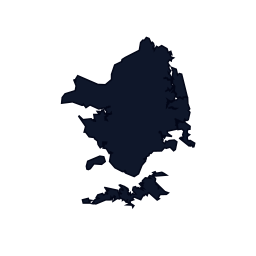 Mkoani, Kusini-Pemba, United Republic of Tanzania (orthographic projection), rotated 309°
{"feature_id": "72390352B13842693360807", "entity_name": "Mkoani", "entity_type": "district", "adm_level": 2, "iso_a3": "TZA", "parent_name": "United Republic of Tanzania", "parent_adm1": "Kusini-Pemba", "projection": "orthographic", "projection_center": [39.684, -5.384], "detail": "fine", "context": "isolated", "style": "filled", "palette": "ink", "viewbox_px": 256, "rotation_deg": 309, "n_neighbors": 0, "source": "geoboundaries", "source_scale": "gbopen_adm2", "svg_char_len": 5926}
<svg xmlns="http://www.w3.org/2000/svg" viewBox="0 0 256 256"><g transform="rotate(309 128 128)"><path d="M142.9,77.2L137.0,56.0L133.4,56.5L131.7,57.1L131.7,57.7L131.3,57.9L131.4,58.1L131.4,58.8L131.1,57.8L132.0,56.3L131.2,55.8L128.1,61.2L123.8,63.5L115.0,57.6L110.3,57.7L105.5,60.8L113.4,68.4L116.7,78.0L117.7,78.9L117.9,78.3L118.5,78.2L117.4,82.5L122.0,83.9L124.4,93.3L128.5,96.6L129.1,98.3L131.2,98.3L131.7,99.5L132.7,99.4L133.8,101.0L131.4,99.7L130.9,98.6L129.3,98.8L128.2,97.4L127.5,101.2L125.2,101.8L127.4,104.5L127.8,105.7L128.2,105.8L129.0,105.1L129.5,105.1L128.6,106.2L127.5,105.6L125.8,103.5L124.4,104.7L122.1,103.2L122.0,104.5L121.3,105.1L120.2,105.3L121.3,106.3L120.8,107.2L120.1,105.2L122.0,103.0L125.1,104.0L124.4,101.1L126.6,97.4L124.9,96.0L125.8,97.7L124.4,97.5L121.5,93.6L120.8,96.1L122.6,97.2L120.4,97.1L117.0,92.9L113.9,96.4L112.1,95.6L113.3,97.8L112.7,98.4L111.7,96.9L112.0,93.6L106.2,87.8L106.6,82.5L106.0,82.5L102.6,94.1L97.2,96.5L98.1,97.7L96.7,103.4L99.5,107.9L98.6,108.8L98.8,112.4L96.4,115.1L95.2,118.9L99.1,119.9L99.4,118.6L100.8,117.5L101.3,117.4L103.4,120.0L103.1,120.7L102.9,120.8L102.2,120.1L102.2,120.9L101.3,121.6L102.2,120.0L103.2,120.1L101.2,117.5L99.9,119.3L100.9,119.8L98.7,120.3L99.0,121.5L98.3,120.4L96.7,121.2L98.4,124.2L96.4,129.4L98.4,129.4L99.1,132.4L97.6,129.5L97.1,131.0L90.4,134.7L88.9,142.9L90.6,151.1L92.3,153.1L93.0,152.4L93.1,152.5L92.7,153.6L91.8,152.7L91.5,154.4L94.2,163.4L99.0,165.0L107.9,162.3L113.4,162.4L115.4,160.9L114.3,160.9L113.3,159.2L115.4,160.6L115.6,161.4L117.3,160.3L119.7,161.6L121.7,160.7L122.8,161.9L125.9,162.1L131.3,168.5L136.0,168.8L136.2,170.4L139.6,172.8L139.0,177.8L141.1,178.3L148.0,174.7L147.8,171.6L144.2,167.9L142.2,167.3L141.5,165.5L138.9,166.5L138.8,163.7L140.9,162.6L140.2,161.4L142.2,161.4L142.0,159.9L145.5,156.1L145.1,154.9L144.2,155.3L144.0,155.2L144.1,154.8L144.2,155.2L144.6,154.8L145.0,154.7L145.4,155.0L145.7,156.2L143.1,159.3L143.1,162.7L144.5,162.4L144.5,160.2L149.1,167.5L148.7,162.0L150.2,160.5L158.3,167.0L160.4,164.7L160.2,163.3L162.5,162.7L162.3,161.9L162.7,161.3L163.9,162.2L163.8,161.4L164.6,160.9L164.2,160.3L164.5,160.2L164.4,159.5L165.0,158.4L164.8,161.3L165.4,160.9L167.0,166.9L169.5,168.0L169.2,166.9L170.6,166.4L171.2,169.2L172.4,169.6L179.2,166.2L179.5,163.8L181.7,163.9L184.5,159.3L189.2,155.1L186.9,151.9L185.0,152.5L184.3,148.6L179.9,148.1L179.6,147.1L175.1,145.5L173.7,142.4L172.5,144.4L171.4,144.4L170.4,143.6L169.9,144.6L169.7,144.9L169.2,145.0L168.4,145.0L170.5,143.5L172.5,144.1L172.2,142.5L174.0,142.1L174.9,142.9L174.4,142.2L175.1,140.6L175.5,144.0L178.3,146.1L184.2,144.1L184.8,140.5L183.6,139.7L187.3,139.3L188.3,137.8L183.0,137.2L184.0,134.3L183.0,135.3L179.7,134.0L182.8,134.8L184.1,134.1L183.7,136.8L184.5,137.2L188.9,136.7L188.9,134.6L192.3,131.4L190.4,129.1L191.1,126.7L188.7,124.3L190.9,125.4L191.6,127.3L191.0,128.9L193.8,131.4L196.2,126.2L195.6,125.6L196.4,124.7L196.2,125.8L199.5,125.2L199.6,123.2L201.5,120.5L202.6,121.3L203.5,117.8L207.0,117.3L207.4,119.4L208.7,118.5L211.2,119.3L210.2,116.8L211.8,114.1L212.6,115.8L214.5,113.0L212.0,111.7L214.2,108.4L213.2,102.3L209.7,101.0L209.4,98.8L205.0,99.5L206.7,97.9L206.5,97.6L205.9,97.8L205.3,97.4L205.0,96.9L206.0,97.7L207.0,96.3L208.2,96.7L209.8,94.4L209.9,92.9L208.3,93.0L210.8,88.0L209.9,85.3L206.4,85.5L205.7,84.2L202.4,84.0L195.5,87.9L181.1,81.5L177.5,80.3L175.6,81.3L168.6,78.0L159.4,81.4L155.3,84.7L147.4,83.2L142.9,77.2ZM172.2,150.1L168.7,146.7L172.2,148.7L172.3,151.5L173.8,153.5L172.2,152.9L171.2,150.6L172.2,150.1ZM57.0,146.6L53.7,147.1L53.6,147.5L55.0,149.1L55.0,149.7L51.7,147.5L46.6,147.5L47.2,148.6L49.0,147.9L48.0,149.5L48.8,150.8L58.1,155.9L61.1,159.5L63.5,158.3L62.2,160.8L65.1,159.3L64.2,160.3L65.1,160.8L66.5,160.0L66.7,161.3L62.4,162.7L66.3,163.9L67.6,166.1L69.7,165.1L68.8,166.3L69.4,168.8L68.4,169.3L69.9,170.0L69.3,172.6L70.7,172.5L71.3,172.8L69.4,173.5L70.7,175.7L70.1,176.6L67.5,175.4L70.7,179.8L69.4,181.6L71.4,181.4L70.9,177.2L72.6,175.5L75.8,177.5L75.9,176.0L78.2,176.0L80.3,183.0L85.5,182.1L85.4,183.0L87.8,183.4L87.6,185.4L90.1,184.5L90.9,185.6L90.4,196.0L92.8,196.9L92.7,195.3L96.5,194.8L100.6,199.6L103.0,200.2L101.8,196.6L102.5,188.9L99.2,190.4L102.6,187.6L101.6,184.7L102.7,186.9L103.2,182.8L105.8,181.5L106.4,179.0L104.7,174.9L103.0,174.9L103.0,177.3L100.2,172.8L96.2,172.4L94.8,173.7L95.3,175.5L94.2,174.1L92.2,176.5L93.8,172.5L91.8,172.0L90.9,178.3L89.9,175.8L89.1,178.2L87.9,172.6L87.5,174.0L86.5,172.8L87.2,170.8L85.3,169.4L82.6,170.7L81.6,175.7L79.8,174.0L80.4,173.0L77.4,172.4L79.1,170.6L76.6,170.7L76.7,169.3L78.1,169.2L78.0,167.9L79.7,167.7L80.8,166.0L80.6,164.5L79.8,166.3L78.8,166.4L80.0,165.8L80.3,162.1L78.9,157.7L78.1,157.3L77.2,163.0L76.3,163.2L75.9,160.2L74.3,160.5L72.7,162.4L73.0,164.8L72.0,162.7L70.3,163.4L73.1,159.2L66.9,146.9L67.6,152.9L66.2,150.3L65.6,152.1L64.0,151.2L64.1,154.2L63.0,151.8L60.6,151.4L61.1,149.4L57.0,146.6ZM202.5,123.7L200.2,127.5L195.7,130.2L194.7,132.6L194.1,131.9L191.1,134.0L189.9,138.0L185.5,140.9L185.1,144.2L182.5,145.5L182.9,147.8L184.8,148.7L185.2,152.3L186.8,151.5L189.9,153.9L203.6,135.8L202.6,133.6L200.3,133.2L204.0,128.5L202.5,123.7ZM165.0,162.5L163.5,162.6L163.7,163.9L162.5,163.4L158.2,167.8L161.0,170.4L161.0,173.3L157.1,174.8L156.0,176.8L154.2,175.3L153.9,177.1L152.4,174.1L152.5,186.8L155.1,186.8L153.6,188.2L155.0,189.1L154.1,190.4L154.9,191.0L158.2,189.4L157.5,184.3L155.9,182.7L157.0,180.8L158.7,179.4L161.6,180.1L161.1,177.8L162.4,176.2L164.8,175.4L166.0,176.9L168.4,175.2L168.1,168.1L166.4,166.7L165.0,162.5ZM76.8,117.6L72.1,119.7L70.2,121.9L70.7,123.3L72.6,124.3L78.7,124.1L83.2,130.4L87.6,131.4L90.4,127.3L88.4,123.8L76.8,117.6ZM109.0,175.4L109.1,177.3L107.1,176.7L108.1,179.7L115.7,187.7L115.3,184.1L114.0,184.0L115.1,183.6L114.9,182.2L109.6,177.6L109.3,176.5L110.9,177.2L111.1,176.6L109.0,175.4ZM48.3,141.4L43.5,137.8L41.5,140.4L45.9,145.9L46.4,144.2L48.8,145.3L47.4,142.8L48.3,141.4Z" fill="#0f172a" stroke="#020617" stroke-width="1.5"/></g></svg>